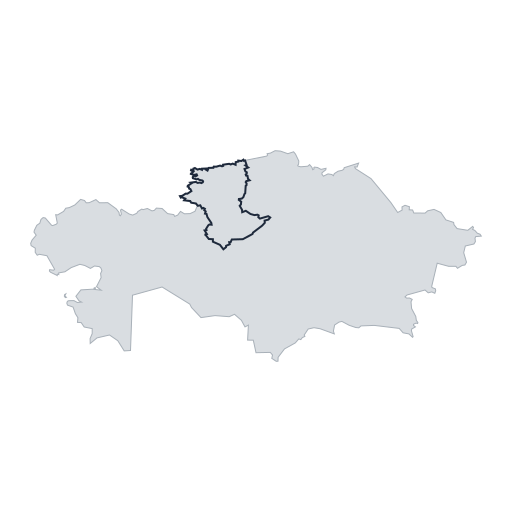 where Qostanay sits in Kazakhstan
{"feature_id": "KAZ-3196", "entity_name": "Qostanay", "entity_type": "Region", "adm_level": 1, "iso_a3": "KAZ", "parent_name": "Kazakhstan", "parent_adm1": "", "projection": "equal_earth", "projection_center": [62.901, 51.427], "detail": "medium", "context": "in_parent", "style": "outline", "palette": "slate", "viewbox_px": 512, "rotation_deg": 0, "n_neighbors": 0, "source": "natural_earth", "source_scale": "10m", "svg_char_len": 5495}
<svg xmlns="http://www.w3.org/2000/svg" viewBox="0 0 512 512"><path d="M304.9,336.4L302.3,337.6L300.8,339.6L298.8,338.9L295.3,342.9L284.5,348.9L278.1,357.3L278.0,361.2L276.2,361.3L271.8,358.4L272.5,355.0L270.3,352.4L256.0,352.7L253.3,340.2L247.6,340.1L248.4,325.1L245.0,326.9L241.4,320.3L234.5,314.3L229.2,316.7L215.0,315.6L201.0,317.6L191.5,307.5L189.8,304.1L162.1,287.0L132.5,295.2L130.5,350.5L124.2,350.9L117.8,340.7L109.5,335.0L97.0,337.9L90.2,343.5L90.1,338.6L92.2,333.6L92.2,328.6L84.2,327.0L81.2,322.6L77.5,322.4L77.9,317.7L75.4,313.7L73.1,307.1L67.5,305.1L66.8,303.1L67.4,301.3L68.7,300.7L73.9,300.6L77.4,302.5L81.6,302.1L79.0,300.8L75.9,296.3L80.9,289.9L92.4,289.2L101.2,290.2L96.5,286.7L101.1,277.6L100.6,273.5L101.9,270.7L100.9,268.0L99.3,266.6L94.5,266.0L90.4,268.4L84.8,265.5L79.9,264.3L71.2,267.6L64.9,271.8L58.7,272.9L58.8,274.5L57.9,274.1L57.0,274.8L57.2,275.5L50.5,272.2L49.4,271.0L49.6,269.7L53.7,270.2L54.6,269.2L46.9,255.7L39.4,254.3L37.2,255.2L35.2,252.3L35.3,248.2L31.1,245.6L30.7,243.3L32.1,240.0L36.2,235.2L34.0,232.1L34.4,230.2L36.8,225.3L39.8,223.2L41.0,219.4L43.1,217.6L45.3,218.0L51.5,225.2L52.6,225.6L56.3,224.2L57.3,223.1L55.7,214.7L57.6,214.9L63.6,211.4L65.8,208.2L69.3,207.6L74.8,205.0L80.6,199.4L84.5,200.5L86.2,202.8L89.1,202.7L95.9,199.6L99.5,202.8L107.8,202.7L116.2,208.8L119.0,212.4L119.4,215.1L120.3,215.8L121.4,214.1L120.5,210.1L121.6,209.2L129.2,214.0L132.7,215.1L136.7,213.3L137.9,211.5L141.7,209.1L143.1,209.6L147.4,208.5L152.0,210.9L154.3,210.4L156.4,208.1L162.1,208.5L167.6,213.6L173.8,214.6L174.6,216.4L177.7,215.1L180.5,211.4L184.4,213.8L190.1,213.6L195.0,211.3L197.2,206.2L196.8,204.9L194.8,203.3L185.1,200.4L184.3,198.8L180.5,196.6L184.8,194.0L187.4,193.6L190.9,191.1L188.6,186.5L191.6,182.6L201.5,182.9L202.7,182.1L202.0,180.7L198.2,179.1L193.3,178.3L192.9,177.7L193.6,176.2L196.9,175.2L196.3,174.4L193.9,174.8L191.0,173.9L193.8,168.6L201.1,169.6L227.9,163.8L232.9,163.7L234.6,164.4L236.1,162.1L238.6,160.7L246.5,160.1L266.7,156.1L267.6,155.1L267.1,153.7L270.4,153.1L275.1,150.7L280.5,151.1L287.8,153.7L293.6,151.8L295.5,154.1L298.8,161.0L298.6,164.1L297.7,165.4L298.1,166.1L300.7,166.8L307.8,166.2L309.6,164.6L311.9,167.3L312.7,169.7L314.1,168.9L313.8,167.7L314.4,167.1L317.5,167.5L321.0,169.4L326.0,168.3L325.8,169.8L322.0,172.8L321.9,174.2L323.4,176.2L328.0,173.9L331.8,174.5L333.4,175.7L334.3,173.6L338.1,171.2L342.2,170.3L343.7,169.3L344.2,167.7L358.6,163.1L357.1,167.0L354.6,166.9L355.4,168.6L371.0,178.6L390.9,202.6L397.7,212.5L402.1,210.1L402.0,206.9L405.0,205.3L409.4,206.7L409.2,209.8L412.6,210.0L413.8,213.0L425.1,213.1L427.7,210.8L434.0,209.4L440.8,212.5L445.9,219.9L453.6,222.4L454.0,224.7L457.1,228.6L467.8,230.3L472.7,226.4L473.5,227.5L472.6,229.4L474.8,230.4L477.3,233.2L480.0,234.2L481.3,236.1L475.7,236.6L475.0,238.1L475.4,241.6L473.9,244.0L465.3,246.0L463.7,252.7L466.5,262.2L464.9,265.0L462.2,265.4L457.5,268.3L455.9,266.3L448.6,266.3L437.2,263.2L431.7,286.4L432.0,287.5L435.4,288.9L435.7,290.8L434.8,293.3L431.8,291.9L428.2,292.8L425.0,290.0L407.0,295.0L405.0,296.9L406.6,298.1L409.5,298.0L412.2,299.4L411.0,301.8L411.6,308.5L415.8,316.5L416.3,320.3L417.9,322.6L417.6,323.5L416.0,323.1L413.5,324.3L413.5,325.4L415.4,326.9L411.7,329.0L411.4,330.7L413.1,336.6L412.6,337.3L408.9,333.9L403.1,332.8L399.2,328.4L374.3,325.4L361.0,325.9L358.8,327.8L355.7,327.5L349.2,325.3L341.9,321.4L339.0,322.1L334.6,325.0L333.4,331.1L334.3,333.9L320.0,328.7L314.0,327.7L308.2,329.0L304.2,335.0L304.9,336.4ZM66.4,297.3L65.3,297.6L64.3,296.1L64.7,294.5L65.8,293.9L64.8,295.9L66.4,297.3ZM95.4,289.1L94.4,288.8L93.9,288.2L95.2,287.5L95.4,289.1Z" fill="#d9dde1" stroke="#a8b0b8" stroke-width="1"/><path d="M243.9,160.8L245.1,160.5L246.6,165.0L245.4,165.4L248.2,167.5L244.5,169.0L245.4,171.4L246.8,172.3L246.7,173.6L245.7,174.5L246.1,175.6L247.5,175.8L248.0,178.8L249.6,180.3L246.3,181.1L245.7,182.1L246.6,183.5L246.5,185.2L245.7,185.8L245.2,193.3L244.4,194.1L243.4,197.1L241.8,198.6L238.9,199.0L238.8,199.9L241.2,201.7L240.9,204.5L239.7,205.8L242.0,209.7L242.2,212.2L245.8,210.8L250.5,214.0L254.4,215.1L257.5,214.7L258.7,215.4L258.3,217.2L259.9,218.6L268.2,216.2L270.2,217.5L268.4,219.6L264.6,220.6L264.8,222.8L262.2,225.6L253.0,232.6L252.5,234.0L242.8,239.2L231.8,239.5L230.6,242.2L229.2,242.2L229.7,244.3L226.1,245.8L226.0,247.2L223.4,249.3L219.9,244.8L212.9,241.7L212.9,239.2L208.8,239.0L205.6,234.9L204.6,234.7L206.9,234.1L204.6,230.4L206.5,230.0L206.1,228.8L208.3,225.3L209.4,224.5L211.6,224.7L211.3,222.9L207.4,217.1L206.5,213.9L205.0,213.6L205.7,211.4L204.2,210.1L204.9,208.8L203.3,207.9L202.0,208.5L200.3,205.3L197.8,205.8L196.0,203.5L191.2,202.7L190.2,201.0L184.1,200.3L185.3,198.6L181.6,197.2L180.8,197.6L180.0,196.1L182.3,195.8L185.7,193.6L187.4,193.7L191.4,191.1L190.4,189.1L189.1,188.6L188.9,187.2L187.6,186.6L187.8,185.7L191.7,183.2L190.8,182.6L195.9,181.9L197.6,182.9L199.9,182.5L201.4,183.1L202.8,182.3L203.1,181.3L202.4,180.5L199.3,179.9L198.0,178.9L196.6,179.4L192.9,178.2L192.7,177.2L193.7,175.5L195.6,176.4L197.1,175.4L196.6,174.3L194.2,174.9L190.0,173.7L191.3,173.7L193.4,171.6L191.0,170.4L191.2,169.7L193.5,170.1L193.4,168.6L194.9,168.0L197.5,169.6L199.7,168.9L201.9,169.8L201.9,168.7L206.3,168.5L206.6,169.0L206.0,169.7L207.5,170.6L208.1,169.3L207.7,168.5L208.6,167.9L213.4,167.8L213.8,166.6L216.4,166.7L220.0,165.6L222.0,166.3L223.2,165.9L223.1,164.7L229.2,163.8L230.7,164.5L232.7,163.6L235.6,164.8L235.7,162.1L238.3,161.6L238.3,160.6L241.4,161.0L243.4,159.7L243.9,160.8Z" fill="none" stroke="#1e293b" stroke-width="2"/></svg>